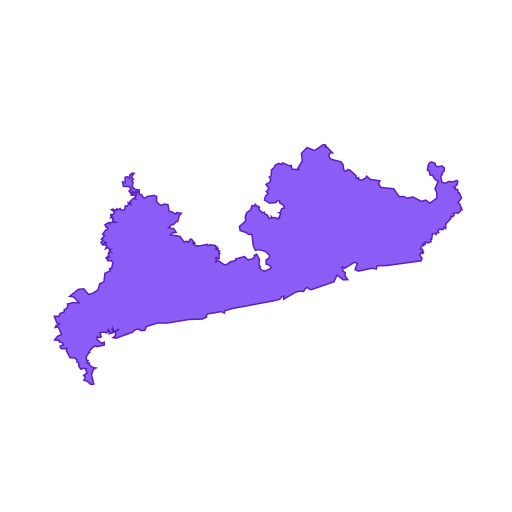 Bajo Baudó (Pizarro), Chocó, Colombia, rotated 261°
{"feature_id": "7082276B26608751492830", "entity_name": "Bajo Baudó (Pizarro)", "entity_type": "district", "adm_level": 2, "iso_a3": "COL", "parent_name": "Colombia", "parent_adm1": "Chocó", "projection": "robinson", "projection_center": [-77.183, 5.002], "detail": "fine", "context": "isolated", "style": "filled", "palette": "violet", "viewbox_px": 512, "rotation_deg": 261, "n_neighbors": 0, "source": "geoboundaries", "source_scale": "gbopen_adm2", "svg_char_len": 6088}
<svg xmlns="http://www.w3.org/2000/svg" viewBox="0 0 512 512"><g transform="rotate(261 256 256)"><path d="M356.7,148.6L357.2,146.7L355.7,143.9L352.7,143.3L354.4,141.5L354.2,139.0L348.9,138.2L350.1,135.8L345.5,135.9L344.5,141.3L341.8,143.2L340.1,140.7L338.0,141.9L339.0,144.1L337.9,145.4L338.4,148.8L336.7,148.3L337.5,143.5L336.6,142.3L335.6,142.3L334.7,147.3L332.6,145.4L331.2,146.1L332.1,144.0L329.5,139.9L326.5,140.5L328.7,138.1L326.7,138.2L325.4,136.1L326.0,134.8L322.0,133.3L322.4,129.9L324.1,129.4L323.3,126.7L324.5,126.0L323.0,124.7L324.7,122.2L324.3,120.4L321.5,123.3L319.3,121.1L319.8,119.3L318.4,118.8L317.8,120.1L316.5,118.5L316.0,120.7L313.2,119.9L311.4,122.5L311.9,117.4L310.6,116.8L312.1,115.8L310.5,111.7L307.9,112.5L307.5,114.0L305.7,113.5L304.9,111.2L301.4,107.9L299.9,109.7L296.9,105.9L295.5,107.4L293.7,105.0L291.0,106.1L290.7,107.6L292.0,106.7L292.2,108.6L293.5,108.7L292.2,110.1L290.4,109.1L289.0,110.2L286.7,108.5L287.4,111.4L285.4,112.2L285.3,113.6L284.6,112.1L282.5,113.2L283.3,111.9L281.2,110.4L279.3,110.8L278.9,109.5L277.8,111.0L277.6,107.7L274.4,109.1L274.2,112.1L271.9,113.6L266.7,111.6L266.4,109.4L264.2,109.9L262.6,104.1L254.3,101.8L253.1,97.3L247.3,94.7L244.7,89.1L244.3,84.5L250.5,80.8L250.9,75.4L245.3,65.6L244.0,69.6L237.5,73.9L238.6,67.8L238.1,62.2L236.4,62.7L233.5,60.3L233.2,58.2L230.8,58.0L229.9,53.5L227.2,52.1L228.1,47.4L221.1,48.8L219.7,51.3L218.5,47.6L216.8,46.5L216.9,49.7L208.8,51.6L207.8,47.5L204.6,43.9L203.2,48.8L201.9,48.3L200.6,51.3L198.5,51.8L197.7,48.4L195.9,48.5L194.7,49.9L194.2,54.8L192.5,53.8L184.7,56.4L183.6,61.0L181.4,62.9L179.4,62.4L177.9,64.3L175.1,63.7L171.5,65.3L172.1,68.4L171.0,70.9L170.2,70.0L166.7,70.8L165.2,67.1L162.8,68.4L160.2,66.6L159.0,69.3L154.8,73.0L154.9,75.8L164.4,74.9L169.6,77.7L170.4,80.3L172.0,76.7L175.2,74.0L176.3,74.7L176.9,72.3L179.0,73.9L179.9,72.2L183.2,72.7L186.7,75.9L186.9,77.5L187.2,76.1L188.5,76.9L191.2,80.4L192.4,83.4L191.3,84.5L191.8,92.2L194.6,92.6L194.1,89.6L198.6,85.8L201.2,86.5L199.9,88.1L200.3,90.5L204.5,89.8L204.7,93.8L203.4,96.4L204.5,98.2L206.9,98.2L204.1,99.7L202.2,98.8L202.7,103.0L206.1,102.4L207.5,102.9L203.3,104.1L205.3,109.3L202.9,105.3L199.3,104.8L197.8,102.0L196.7,104.9L199.9,121.6L202.0,125.2L202.3,128.8L200.4,130.4L200.0,134.6L203.5,136.8L205.2,148.3L203.7,157.4L203.8,179.8L202.1,193.2L203.5,197.7L205.0,197.6L206.4,199.6L206.5,213.1L204.6,215.9L206.8,216.5L207.8,223.8L209.0,267.3L209.5,272.6L211.7,275.1L212.1,277.4L209.0,276.5L213.9,289.1L214.5,293.2L213.5,297.4L216.1,299.7L216.8,302.0L214.5,303.8L214.2,305.9L218.4,329.1L224.5,333.0L218.8,338.5L218.3,342.9L222.7,340.7L225.5,341.6L227.7,339.4L230.6,340.0L231.3,339.1L231.6,340.4L230.0,341.8L234.4,352.2L232.9,354.8L226.9,351.7L225.0,355.0L225.8,368.8L224.3,372.7L227.4,374.1L226.1,383.5L225.4,418.5L228.0,419.6L231.5,417.9L233.2,419.2L232.3,421.1L233.2,421.9L233.8,420.4L234.9,421.9L236.7,421.3L237.4,419.4L240.4,421.7L240.1,423.2L242.2,423.2L241.0,424.8L243.4,425.3L241.9,427.9L242.8,431.2L244.9,430.8L245.0,432.1L250.3,433.7L250.3,436.2L249.0,437.1L250.5,438.2L250.6,440.1L252.0,439.4L253.8,441.5L252.8,444.8L254.9,446.3L253.5,447.6L258.1,448.6L262.7,454.5L265.0,454.5L264.0,456.3L265.4,458.1L267.0,457.6L267.5,460.6L266.5,461.8L268.4,465.0L270.6,465.7L269.8,466.6L275.5,465.4L277.2,463.8L281.1,468.1L286.5,466.7L286.7,465.6L290.1,465.6L290.9,463.0L292.0,463.7L293.2,462.2L294.8,465.7L298.3,467.1L299.3,465.8L298.4,462.2L299.5,458.0L298.2,454.9L299.7,451.1L305.6,450.9L307.6,452.8L308.5,452.3L310.6,455.2L313.4,455.8L315.7,454.0L315.9,448.8L317.4,447.3L319.2,447.7L321.4,444.2L320.9,442.0L318.6,440.2L313.9,438.7L312.8,440.3L308.7,440.6L308.1,442.9L303.3,445.0L301.1,447.6L294.6,443.3L290.3,444.5L284.8,443.7L281.0,435.9L284.6,432.5L284.1,427.9L289.8,420.2L289.4,414.2L291.6,411.3L292.2,406.7L300.9,402.5L304.2,389.9L308.1,388.5L310.9,390.2L313.8,380.8L317.6,377.8L315.9,376.6L314.3,372.2L315.6,369.4L317.4,369.6L316.9,367.2L319.8,367.3L326.0,362.3L327.1,360.4L325.7,357.9L326.6,356.2L332.6,356.3L335.8,354.6L339.5,345.9L341.3,344.0L344.2,343.7L346.3,345.5L345.9,347.7L351.9,343.5L352.7,341.6L353.4,342.5L355.1,341.7L355.4,339.6L351.0,330.5L355.1,323.4L350.2,316.9L342.9,316.7L336.0,311.0L334.8,311.7L336.0,305.2L340.0,305.0L339.6,303.6L343.8,296.8L342.5,295.1L344.0,292.9L342.8,289.2L340.6,287.9L338.7,284.8L332.7,283.5L331.8,281.4L329.2,282.7L326.6,280.8L325.2,277.1L320.4,279.3L318.0,276.2L316.0,277.9L313.8,274.8L310.0,273.1L306.1,277.7L305.6,283.8L307.1,285.4L307.0,287.7L304.7,287.8L301.9,291.0L298.9,291.5L298.7,288.7L295.0,286.7L295.1,285.6L293.7,287.1L290.8,284.7L290.1,285.4L289.1,283.4L291.0,281.2L291.1,278.2L292.5,277.3L291.2,277.2L290.9,275.0L295.0,273.4L295.7,271.6L297.9,271.1L297.6,269.5L299.6,267.6L302.0,265.9L303.2,267.0L304.7,266.4L304.3,265.2L307.2,263.4L305.5,262.1L306.5,260.0L302.4,257.9L300.4,253.7L297.0,251.7L292.1,251.1L287.7,244.2L283.6,244.3L280.6,250.2L278.6,251.7L277.9,255.3L266.4,254.9L261.6,256.3L262.0,259.3L259.3,265.7L254.6,269.5L252.2,268.9L250.4,265.3L246.4,264.8L245.0,267.5L242.7,269.1L241.4,268.4L239.8,262.8L240.5,260.2L243.4,257.4L244.6,258.7L246.9,257.5L251.6,258.9L257.7,257.0L256.8,254.3L255.1,254.3L253.6,251.5L253.6,247.2L257.3,244.5L256.3,235.4L254.6,235.0L254.4,229.9L252.3,226.2L252.2,223.3L256.9,218.6L257.2,216.5L255.7,214.7L258.3,216.6L260.1,215.6L260.9,216.4L258.8,218.5L259.6,219.4L263.0,219.5L264.1,220.7L265.4,219.4L266.5,220.8L268.1,218.8L269.0,219.5L269.1,217.5L271.2,219.8L270.6,217.9L272.7,217.6L274.3,212.2L273.7,210.3L275.1,209.8L274.8,201.6L275.9,197.1L278.4,195.5L278.0,197.7L282.7,194.9L282.7,193.5L280.3,191.6L281.5,189.6L281.1,187.2L287.4,183.8L290.2,175.0L291.9,176.9L291.8,180.8L295.9,179.0L297.6,174.0L300.2,177.5L300.0,179.5L302.5,182.7L302.2,184.0L307.8,186.5L309.9,188.9L311.2,184.4L309.8,183.3L313.1,179.5L313.4,177.3L320.5,177.0L321.7,173.2L320.8,170.5L322.0,168.6L325.3,166.3L330.3,167.2L331.8,164.9L331.8,157.9L330.5,155.1L331.3,153.7L334.3,152.8L335.6,150.4L339.4,151.1L340.8,146.9L343.9,144.6L347.9,146.2L349.6,144.9L351.1,147.0L352.2,145.7L354.3,146.0L356.7,148.6Z" fill="#8b5cf6" stroke="#5b21b6" stroke-width="1.5"/></g></svg>